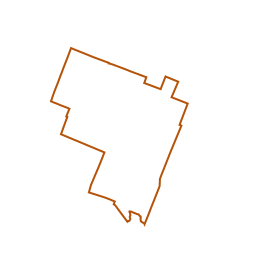 General Paz, Buenos Aires, Argentina, rotated 338°
{"feature_id": "61730980B14792793371960", "entity_name": "General Paz", "entity_type": "district", "adm_level": 2, "iso_a3": "ARG", "parent_name": "Argentina", "parent_adm1": "Buenos Aires", "projection": "orthographic", "projection_center": [-58.446, -35.474], "detail": "fine", "context": "isolated", "style": "outline", "palette": "amber", "viewbox_px": 256, "rotation_deg": 338, "n_neighbors": 0, "source": "geoboundaries", "source_scale": "gbopen_adm2", "svg_char_len": 2226}
<svg xmlns="http://www.w3.org/2000/svg" viewBox="0 0 256 256"><g transform="rotate(338 128 128)"><path d="M191.9,103.9L182.1,94.3L172.8,104.2L159.9,92.4L164.0,87.8L151.0,75.9L148.9,73.8L147.4,72.4L137.5,63.3L134.4,60.9L134.7,60.5L122.4,49.3L105.1,32.6L97.5,40.9L96.6,41.8L91.7,47.0L88.9,50.0L87.9,51.2L85.0,54.2L82.0,57.5L80.0,59.7L76.2,63.7L73.8,66.2L70.7,69.7L67.9,72.9L66.6,74.4L68.2,76.0L68.8,76.6L71.4,79.0L74.7,82.3L77.8,85.1L80.9,88.2L78.4,90.8L75.1,94.2L75.9,95.0L72.6,98.6L68.9,102.7L67.1,104.7L65.9,106.1L63.5,108.7L97.0,141.8L87.3,152.0L83.5,155.8L81.4,157.9L72.3,167.0L67.6,173.1L71.5,176.3L78.4,182.0L81.1,184.3L84.7,187.7L88.2,191.2L86.2,193.3L87.3,195.2L88.2,198.9L92.2,214.3L92.4,214.1L92.7,214.1L92.8,214.1L93.0,214.2L93.3,214.5L93.8,214.7L94.0,214.7L94.4,214.5L94.8,214.3L95.0,214.1L95.3,213.9L95.7,213.7L95.9,213.5L96.1,213.1L96.1,212.7L96.2,212.3L96.2,212.0L96.2,211.5L96.3,211.1L96.5,210.8L96.7,210.6L97.0,210.4L97.2,210.2L97.4,210.0L97.5,209.7L97.5,209.4L97.7,209.2L97.8,209.0L97.8,208.7L97.7,208.4L97.7,208.2L97.8,208.0L98.0,207.7L98.1,207.4L98.1,207.1L98.0,206.8L97.9,206.5L97.9,206.3L98.0,206.0L98.1,205.9L98.4,205.9L98.6,206.1L98.8,206.2L99.1,206.4L99.2,206.5L99.5,206.7L99.7,206.8L99.9,206.9L100.1,207.1L100.2,207.3L100.3,207.4L100.4,207.6L100.7,207.9L100.9,208.0L101.1,208.2L101.3,208.5L101.5,208.7L101.7,208.9L101.9,209.1L102.1,209.2L102.3,209.3L102.6,209.6L102.7,209.8L102.9,210.0L103.1,210.2L103.4,210.4L103.5,210.5L103.8,210.9L103.9,211.0L104.2,211.3L104.3,211.4L104.9,211.7L105.1,211.8L105.3,211.9L105.5,212.1L105.5,212.5L105.6,212.9L105.8,213.2L105.9,213.6L105.9,213.9L106.0,214.0L106.2,214.3L106.5,214.6L106.5,215.0L106.4,215.5L106.2,215.7L106.0,215.9L105.9,216.1L105.9,216.4L105.8,216.7L105.6,217.1L105.4,217.4L105.4,217.6L105.4,217.8L105.3,218.2L105.3,218.4L105.2,218.6L105.0,219.1L105.1,219.5L105.3,219.9L105.5,220.3L105.7,220.6L106.0,220.9L106.3,221.2L106.5,221.5L106.8,221.8L107.0,222.1L107.2,222.4L107.2,222.6L107.3,223.0L107.3,223.4L115.8,214.6L119.9,210.2L130.5,199.1L135.5,193.8L137.7,189.1L138.3,187.5L140.7,184.8L150.7,174.3L157.5,167.1L162.9,161.6L163.0,161.5L178.4,145.8L177.0,144.4L192.5,127.7L179.9,115.8L191.9,103.9Z" fill="none" stroke="#b45309" stroke-width="2"/></g></svg>